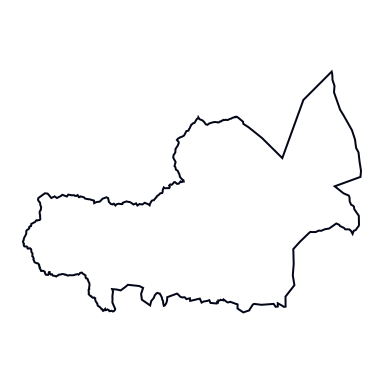 the district of Santa María Tlahuitoltepec, Oaxaca, Mexico
{"feature_id": "50627088B87126124877298", "entity_name": "Santa María Tlahuitoltepec", "entity_type": "district", "adm_level": 2, "iso_a3": "MEX", "parent_name": "Mexico", "parent_adm1": "Oaxaca", "projection": "natural_earth1", "projection_center": [-96.099, 17.126], "detail": "fine", "context": "isolated", "style": "outline", "palette": "ink", "viewbox_px": 384, "rotation_deg": 0, "n_neighbors": 0, "source": "geoboundaries", "source_scale": "gbopen_adm2", "svg_char_len": 5900}
<svg xmlns="http://www.w3.org/2000/svg" viewBox="0 0 384 384"><path d="M102.7,310.6L103.1,310.9L105.1,309.0L105.3,310.2L106.5,310.0L107.3,309.4L108.8,310.1L109.4,311.2L110.8,311.0L111.6,310.8L112.9,311.5L114.2,310.8L114.8,310.2L115.2,309.0L112.4,302.5L112.5,299.4L112.4,296.2L113.0,291.4L112.1,289.1L116.6,289.5L120.7,290.4L125.3,287.0L127.9,284.8L139.2,286.0L143.1,287.9L141.1,293.9L141.9,299.7L150.1,305.4L151.3,300.9L152.8,299.2L153.9,297.7L154.7,295.4L155.4,294.6L156.5,293.3L157.4,292.9L158.5,293.4L159.7,293.5L161.4,296.5L162.1,298.2L162.1,299.3L163.1,301.1L163.1,302.6L163.8,305.8L164.6,305.6L165.6,304.3L166.5,302.5L167.1,300.2L167.2,297.2L177.0,293.6L177.7,294.0L178.6,295.0L180.4,296.8L182.5,297.5L184.0,297.2L184.9,297.4L186.4,299.1L189.9,298.3L190.2,300.9L199.8,298.6L201.6,302.6L203.7,301.5L207.4,300.9L209.3,300.2L210.5,302.9L216.6,303.5L217.0,302.7L217.1,302.1L217.9,302.6L218.3,300.4L219.2,300.6L220.0,300.3L220.6,299.8L221.3,300.1L222.5,300.0L223.3,300.3L223.6,299.5L227.3,302.3L228.7,302.3L230.2,301.8L236.0,303.9L237.3,304.2L237.6,304.4L237.5,308.5L243.3,312.4L249.2,310.4L249.8,309.2L252.9,304.5L254.1,303.9L261.4,304.8L273.7,303.9L275.6,306.8L277.8,306.5L277.8,303.3L282.3,305.8L284.0,306.9L285.6,306.6L285.5,296.6L294.4,285.2L292.8,275.4L293.7,264.0L293.3,249.1L300.0,241.7L309.1,232.9L310.4,231.9L312.6,232.1L315.8,232.0L318.8,230.6L321.3,230.8L322.3,230.3L325.1,229.2L329.2,228.5L336.3,223.5L339.2,224.8L340.0,226.0L342.4,227.2L343.9,227.8L345.2,229.3L349.4,229.4L350.9,230.8L352.6,233.9L353.7,230.8L355.6,230.1L358.8,225.8L359.0,224.6L358.8,215.8L354.3,209.2L353.9,206.7L353.2,205.8L351.1,204.7L349.7,201.4L349.5,197.3L348.8,195.6L343.5,193.3L334.7,186.3L360.5,176.9L361.0,170.8L359.6,162.0L358.5,152.4L356.1,147.9L355.0,139.5L352.0,130.3L343.6,115.4L340.1,109.7L334.0,92.3L334.5,85.9L332.5,79.9L332.3,74.5L331.7,71.6L303.4,99.9L282.3,158.1L262.1,138.1L248.8,127.4L243.4,123.9L243.0,121.7L238.5,117.9L236.7,116.7L235.9,117.2L235.3,116.8L234.7,117.0L234.2,117.4L232.7,117.7L232.4,117.9L231.1,118.6L229.7,119.0L227.7,120.0L225.3,119.8L224.4,120.1L223.3,119.9L222.7,120.5L221.5,120.8L221.1,121.4L219.7,121.6L218.8,122.4L218.3,122.4L218.0,122.5L217.7,122.3L214.8,122.0L212.6,122.4L209.1,123.5L207.5,124.8L205.9,124.4L203.8,121.6L202.4,120.4L199.4,119.1L198.3,117.3L198.0,118.4L196.8,119.0L194.5,122.9L193.3,123.2L192.8,123.5L191.0,125.1L190.8,125.9L190.4,126.6L189.8,128.1L188.9,129.4L188.5,130.6L186.4,131.1L184.3,135.1L183.7,135.8L182.0,136.7L180.2,137.3L177.9,138.7L176.9,140.0L178.5,141.7L178.8,142.9L177.7,145.7L175.5,149.0L175.3,152.5L173.6,155.1L173.2,157.5L173.6,158.4L175.6,162.0L174.5,166.1L175.3,167.0L176.0,169.7L177.4,170.5L178.2,171.7L178.5,172.7L179.3,174.0L179.9,176.7L180.6,177.7L182.5,179.8L183.4,180.2L183.7,181.5L183.3,181.5L181.4,182.1L180.5,181.5L178.8,183.6L177.9,183.8L177.1,183.9L175.1,182.2L174.2,182.1L173.1,183.5L172.7,183.7L172.3,184.4L171.2,184.8L170.3,184.4L169.1,185.6L169.8,186.8L169.2,188.1L164.8,188.2L163.8,187.4L162.8,189.7L162.6,192.0L162.2,193.0L160.3,193.3L159.1,194.6L157.1,196.0L156.7,196.9L156.0,197.4L155.8,197.9L154.4,199.4L153.9,200.2L153.4,200.2L151.8,200.7L151.0,201.9L149.9,204.1L149.6,205.3L148.2,204.2L144.7,202.8L142.3,204.5L139.6,204.0L137.4,205.5L136.1,203.4L133.4,204.5L131.5,203.0L130.3,202.3L129.5,202.0L128.3,201.9L126.5,201.4L122.7,202.8L122.4,204.0L120.9,204.1L118.7,203.7L116.4,204.3L115.4,205.5L113.8,203.7L113.0,204.0L112.6,204.4L110.7,203.9L109.7,202.7L108.9,201.9L108.1,198.1L106.4,197.3L102.6,198.7L99.8,201.6L96.4,202.1L94.2,203.1L94.0,200.6L89.6,199.3L88.2,199.2L85.2,198.6L83.7,197.2L80.3,196.4L79.6,197.1L78.8,197.1L77.6,195.1L76.1,196.0L74.9,195.8L74.2,195.2L71.9,195.3L68.3,194.6L66.9,196.5L62.3,194.8L60.9,196.0L56.9,198.0L54.6,196.4L51.3,198.0L48.7,194.8L47.6,193.6L44.9,193.3L38.4,198.0L38.0,199.8L38.9,201.5L39.4,201.9L40.0,202.7L40.4,205.3L41.1,207.0L41.1,207.6L40.8,209.2L40.9,209.8L40.1,210.8L39.8,211.4L39.6,212.3L39.8,214.0L40.1,215.3L40.1,217.0L40.3,218.4L40.2,219.4L39.5,220.1L38.1,220.2L37.5,220.5L36.8,220.2L36.5,220.3L36.0,220.6L35.2,221.9L31.3,223.9L31.1,225.9L31.0,226.1L29.8,226.4L29.3,226.9L29.3,228.0L29.0,228.2L29.0,228.6L28.5,229.1L26.8,230.2L26.5,230.6L26.3,231.4L26.2,234.0L25.3,235.6L25.1,236.2L24.3,237.4L23.7,239.4L23.6,240.3L23.2,240.9L23.0,242.1L23.2,242.6L23.8,243.4L24.0,243.9L23.7,244.9L23.8,245.5L24.4,246.4L24.8,246.5L26.1,246.4L26.9,246.7L27.3,247.0L27.5,247.8L27.5,248.3L27.8,248.6L28.5,248.6L29.9,248.2L31.1,249.2L31.5,252.2L32.4,253.3L32.5,253.7L32.3,256.2L32.9,256.6L33.2,257.3L33.5,258.1L33.7,258.5L33.7,259.0L33.4,259.3L33.4,259.6L33.7,259.9L34.3,261.7L34.7,262.3L36.4,263.1L37.0,263.3L37.7,263.2L39.1,264.6L39.2,265.0L39.0,265.6L39.3,266.0L39.3,266.4L39.8,267.0L39.9,267.5L39.6,267.8L39.7,268.5L40.6,269.5L40.9,270.2L40.9,270.7L41.0,270.9L41.9,271.0L42.7,270.8L43.4,270.9L44.8,271.8L45.0,273.1L45.6,274.2L45.6,274.4L45.9,274.7L46.4,274.7L47.1,274.9L48.1,274.9L48.6,274.2L48.7,272.9L48.9,272.3L49.2,272.0L49.6,272.0L49.8,273.1L50.6,274.5L51.1,274.5L51.8,274.2L52.1,274.3L52.3,274.7L52.7,275.5L53.3,275.7L55.2,276.0L56.0,276.4L56.2,276.5L57.0,275.8L57.7,275.7L58.7,274.7L60.9,274.5L61.7,274.1L62.6,274.0L64.6,274.4L64.8,274.7L65.9,274.7L66.2,275.0L66.6,275.0L67.6,275.6L68.4,275.5L69.2,275.2L70.4,275.2L71.2,275.3L73.6,275.2L74.5,275.0L75.0,274.6L76.6,274.4L77.5,274.1L78.4,274.4L78.6,274.6L79.5,273.9L80.2,272.9L81.8,272.6L82.9,273.7L85.5,275.4L85.6,277.5L86.1,278.3L86.9,278.4L87.6,279.0L87.7,279.7L88.0,280.0L88.2,280.9L89.3,283.1L89.5,284.7L89.4,285.9L89.0,288.5L89.3,289.0L89.2,289.4L88.6,289.8L88.7,291.5L88.9,292.1L88.7,292.8L88.9,293.2L88.7,294.2L90.4,296.0L90.8,296.2L91.2,296.2L91.6,296.5L91.8,297.1L92.6,297.6L93.3,297.8L93.7,297.5L94.2,297.5L94.7,298.0L95.2,298.2L95.1,299.2L95.6,301.0L96.1,301.9L97.3,303.6L97.6,305.2L97.8,305.7L99.9,307.1L100.8,308.1L101.5,309.1L102.1,309.2L102.4,309.6L102.7,310.6Z" fill="none" stroke="#020617" stroke-width="2"/></svg>